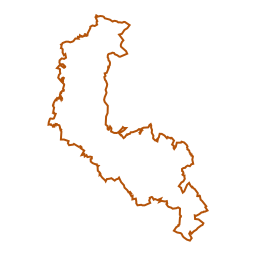 the district of Corozal, Sucre, Colombia
{"feature_id": "7082276B16477741975828", "entity_name": "Corozal", "entity_type": "district", "adm_level": 2, "iso_a3": "COL", "parent_name": "Colombia", "parent_adm1": "Sucre", "projection": "robinson", "projection_center": [-75.264, 9.206], "detail": "fine", "context": "isolated", "style": "outline", "palette": "amber", "viewbox_px": 256, "rotation_deg": 0, "n_neighbors": 0, "source": "geoboundaries", "source_scale": "gbopen_adm2", "svg_char_len": 5750}
<svg xmlns="http://www.w3.org/2000/svg" viewBox="0 0 256 256"><path d="M129.6,25.1L124.9,22.0L124.0,21.9L122.0,22.7L119.8,22.3L118.3,22.4L116.8,21.3L115.0,20.9L114.1,20.9L112.6,21.5L109.8,19.6L104.8,18.3L103.8,16.8L102.7,16.3L100.3,16.0L98.2,16.5L96.3,15.4L95.9,16.7L96.3,16.6L96.6,17.5L96.3,17.8L96.0,17.0L95.6,17.2L97.3,21.3L96.6,21.9L96.7,23.7L97.1,24.6L94.7,26.0L92.5,25.5L90.3,26.7L90.3,28.1L87.7,33.3L87.4,35.5L86.2,35.9L85.4,34.2L85.2,34.2L85.6,35.3L84.2,35.5L84.2,36.0L82.1,36.8L81.7,36.0L80.8,35.9L80.0,35.3L79.7,37.0L77.9,36.8L77.8,37.6L78.5,38.7L75.4,38.5L73.6,40.9L72.6,41.6L70.2,42.3L68.4,41.7L66.0,41.7L62.6,43.0L62.0,44.1L61.0,44.6L61.6,45.6L61.1,47.7L61.4,47.6L61.6,48.2L62.7,49.3L62.6,52.5L63.9,55.2L65.3,54.1L66.0,57.7L64.1,58.9L61.7,58.4L59.6,60.4L59.4,62.5L60.2,64.3L62.9,64.2L65.2,66.5L65.1,67.1L64.0,67.8L60.7,65.5L59.7,65.1L57.0,68.1L59.6,68.9L60.0,69.3L59.9,71.4L60.3,73.5L59.0,74.8L58.2,77.7L61.2,81.3L61.6,79.8L61.4,79.5L62.1,78.8L61.9,78.6L62.4,77.9L63.3,77.6L63.9,78.0L62.9,80.1L63.1,81.2L62.8,82.4L63.0,83.2L63.9,84.0L64.2,84.8L63.0,88.9L63.9,90.0L63.6,90.9L62.2,90.9L61.0,92.2L61.4,92.4L61.2,93.0L60.6,92.7L59.9,94.8L60.0,95.6L60.6,95.8L60.8,96.1L60.5,96.2L61.0,97.6L61.5,97.8L61.5,98.3L62.0,98.2L62.1,98.6L61.5,98.7L61.6,99.5L61.2,99.3L61.1,99.6L60.9,99.1L60.1,98.6L60.2,97.9L59.5,97.2L59.1,97.8L59.0,97.5L58.5,97.6L58.1,98.5L57.1,98.1L56.6,100.3L56.2,100.3L55.6,99.7L54.4,101.6L53.5,103.6L53.5,104.6L53.2,104.6L52.9,105.3L53.2,106.4L54.1,107.5L53.3,111.6L53.8,112.3L53.1,113.0L53.8,113.5L55.7,113.8L55.6,114.1L53.9,118.4L52.8,118.8L50.4,118.5L49.9,119.0L48.8,122.2L48.5,124.7L50.8,124.3L50.9,124.9L52.7,125.5L52.9,126.7L54.2,126.7L54.1,125.0L55.6,125.4L55.6,123.9L56.5,124.0L56.3,124.5L59.3,125.3L60.0,127.2L60.1,128.6L61.3,129.7L61.1,130.1L60.4,129.6L60.6,130.4L61.0,130.4L61.4,131.7L60.9,139.5L63.9,139.5L68.6,141.1L67.9,143.2L69.1,145.2L73.2,144.6L73.9,143.9L78.9,146.9L80.5,146.2L81.5,147.2L80.7,148.2L84.2,150.6L81.7,155.1L82.9,154.8L84.0,153.7L84.4,154.0L84.7,156.4L86.5,155.2L87.4,157.1L90.2,156.6L91.8,157.0L91.8,158.6L90.6,159.2L90.8,161.6L92.6,163.1L94.5,163.9L96.4,164.4L97.7,164.3L96.1,164.5L97.1,165.1L97.2,165.6L98.5,165.8L97.6,166.9L97.8,170.7L99.7,172.5L99.6,174.6L100.2,174.0L99.9,172.9L100.4,173.6L100.6,175.4L102.2,177.6L105.3,180.5L105.7,181.3L106.8,179.1L109.9,178.7L111.4,178.2L114.7,180.6L116.4,179.2L117.9,178.9L119.0,177.6L121.1,182.1L123.9,185.2L124.5,187.6L127.2,190.1L128.3,192.0L128.6,191.8L129.2,192.6L130.1,192.0L131.2,193.5L130.0,193.8L131.4,196.2L132.6,195.8L132.4,199.4L135.8,198.6L136.3,201.5L136.3,203.4L137.5,205.3L141.2,204.8L142.4,205.3L144.7,205.3L150.2,202.9L149.2,200.5L150.0,198.3L149.8,197.8L151.6,197.0L152.3,197.2L153.7,199.7L154.9,199.0L157.9,200.2L158.6,199.6L161.0,198.6L159.4,201.8L161.4,200.9L165.2,201.5L166.8,201.1L167.2,203.5L166.4,204.1L167.9,206.3L168.7,206.9L171.1,207.6L172.7,208.7L176.4,208.2L178.1,207.4L180.0,208.6L179.8,214.8L181.0,216.1L180.8,216.9L180.0,217.3L179.4,224.5L178.3,225.1L178.6,225.8L176.3,227.2L173.9,230.7L177.2,232.5L180.7,233.1L181.7,234.0L182.6,235.9L183.6,237.2L186.9,239.6L189.9,240.6L191.7,238.1L189.2,233.7L190.2,231.8L191.6,233.6L193.7,231.4L196.4,229.7L197.8,228.0L201.2,225.5L202.5,225.0L203.4,223.2L198.6,219.4L195.1,219.0L194.8,215.4L196.2,215.8L199.4,214.1L201.5,212.4L203.1,212.2L203.8,211.6L204.8,211.7L207.5,210.5L205.3,207.2L206.3,206.3L202.2,201.1L200.6,199.6L199.9,195.9L199.6,195.6L198.2,196.2L197.3,196.1L197.8,193.2L194.7,189.0L193.4,188.3L192.4,186.9L191.9,187.3L190.4,185.5L189.1,182.9L187.1,184.8L184.2,191.4L182.8,192.6L181.2,188.9L181.2,187.9L178.8,186.2L181.4,182.5L183.3,181.4L184.8,178.8L184.4,177.0L184.5,175.5L183.4,175.4L182.5,174.7L183.5,173.3L183.2,172.1L182.4,170.9L182.1,170.9L182.0,169.0L183.3,168.1L185.2,167.8L185.8,167.1L185.8,166.8L187.6,165.6L189.9,166.2L191.4,164.2L193.2,163.8L192.3,159.7L192.9,156.5L192.5,155.9L191.4,155.7L191.1,154.7L191.4,154.3L191.2,154.2L191.0,154.5L190.4,154.3L190.4,153.2L189.7,152.7L189.1,150.4L187.4,149.4L187.6,148.7L187.0,147.4L187.5,146.5L186.7,145.0L184.2,142.5L181.5,141.7L180.9,142.7L176.8,142.7L175.8,146.7L174.2,149.0L173.6,148.1L173.8,145.8L172.1,144.6L174.0,140.6L172.0,138.2L171.7,137.9L171.0,138.3L170.8,137.9L168.9,137.8L167.7,137.0L166.9,138.2L164.5,135.5L161.8,133.9L159.7,133.8L158.8,137.4L156.2,140.2L157.0,140.2L156.9,140.6L157.3,140.7L157.6,140.5L157.4,141.4L154.8,140.0L153.3,138.6L153.1,138.0L153.4,135.7L151.7,132.7L152.0,130.0L151.1,127.6L151.2,125.4L150.7,124.1L149.5,125.0L148.8,126.6L148.1,127.4L143.5,127.7L141.5,128.7L141.3,129.0L141.8,128.7L141.3,129.2L142.0,129.9L141.1,130.1L141.4,130.6L141.0,130.7L140.9,131.4L141.1,131.5L140.5,132.8L140.2,132.7L140.1,133.7L139.9,133.7L140.0,133.1L139.6,132.7L140.5,132.1L140.3,130.6L140.5,130.1L140.3,129.3L139.0,129.1L137.2,130.6L132.8,132.2L130.7,132.3L129.8,133.9L128.4,134.0L128.0,134.4L127.3,134.3L127.3,134.9L126.2,135.2L125.0,137.0L123.6,138.1L121.3,135.0L120.8,135.3L119.0,133.2L122.5,131.3L124.4,129.9L126.1,128.0L124.1,128.0L122.9,127.1L122.3,128.2L118.7,132.0L116.8,133.0L114.1,132.9L111.1,131.5L111.4,128.3L110.1,126.5L108.9,129.5L108.7,129.8L108.1,129.6L107.6,129.0L107.7,126.3L105.7,124.6L106.1,116.5L107.6,113.1L107.8,105.8L104.7,101.9L104.1,99.8L104.7,97.2L106.3,93.5L106.5,92.5L105.6,89.8L106.9,86.2L107.2,84.2L105.9,80.8L105.0,79.8L104.3,77.0L105.5,75.9L104.7,73.4L106.7,72.8L108.8,67.7L108.1,67.6L108.2,66.8L108.6,66.9L109.8,65.1L110.0,62.9L109.6,61.4L108.6,60.4L108.3,58.3L107.7,57.4L107.8,55.5L108.1,54.5L108.9,53.9L111.4,53.3L112.3,52.7L114.0,53.0L114.9,54.3L117.2,55.2L119.3,56.7L120.2,56.7L127.2,53.7L126.1,51.2L121.1,46.8L120.8,45.9L120.9,44.4L121.9,42.1L123.4,40.3L119.1,34.6L121.9,33.8L124.5,29.9L127.3,28.2L129.6,25.1Z" fill="none" stroke="#b45309" stroke-width="2"/></svg>